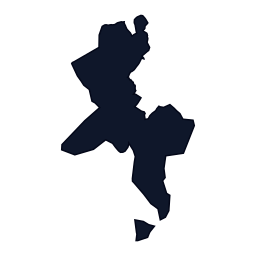 Owerri West, Imo, Nigeria
{"feature_id": "59680162B78900735102434", "entity_name": "Owerri West", "entity_type": "district", "adm_level": 2, "iso_a3": "NGA", "parent_name": "Nigeria", "parent_adm1": "Imo", "projection": "natural_earth1", "projection_center": [6.985, 5.415], "detail": "fine", "context": "isolated", "style": "filled", "palette": "ink", "viewbox_px": 256, "rotation_deg": 0, "n_neighbors": 0, "source": "geoboundaries", "source_scale": "gbopen_adm2", "svg_char_len": 2556}
<svg xmlns="http://www.w3.org/2000/svg" viewBox="0 0 256 256"><path d="M165.8,190.8L162.6,180.7L165.1,177.6L163.9,168.5L165.7,155.8L183.4,153.2L194.3,125.6L193.0,120.2L182.9,119.2L179.9,113.6L176.5,110.7L174.2,108.3L169.9,104.6L163.7,107.4L159.9,106.8L158.9,106.2L156.9,108.6L155.7,110.7L152.3,113.2L149.9,115.7L148.3,118.8L145.1,119.4L144.7,117.0L144.4,114.8L145.1,113.5L144.2,111.9L141.5,111.2L134.7,106.7L136.7,104.5L137.8,103.0L139.8,99.8L141.0,97.8L135.5,94.2L133.5,94.2L134.7,92.4L135.3,91.4L135.8,90.6L135.2,89.6L135.1,88.0L135.1,87.3L135.2,86.6L135.2,85.8L134.9,85.1L133.8,84.8L133.7,83.9L133.2,83.4L133.1,82.9L133.3,82.5L133.2,82.2L132.6,81.9L132.2,81.7L131.8,81.4L131.7,80.8L131.4,80.5L131.1,80.3L130.8,79.8L130.5,80.0L130.4,80.2L130.1,80.1L129.8,79.7L129.6,79.3L129.3,78.9L129.1,78.5L128.9,78.0L128.4,77.9L128.1,77.5L127.7,77.3L128.4,76.5L128.7,75.8L129.2,74.3L129.8,73.2L130.7,71.7L131.4,71.7L132.5,71.0L134.2,69.7L136.4,66.7L138.0,64.7L139.1,63.1L141.6,58.1L143.9,58.9L143.8,58.3L142.5,56.7L141.9,56.0L147.4,51.3L148.6,50.5L149.6,47.4L147.3,42.9L147.1,42.0L147.5,40.6L147.7,39.4L147.8,38.2L147.6,37.8L147.4,37.2L147.2,36.7L147.3,36.2L147.5,35.6L147.3,35.3L147.2,34.3L147.0,33.7L146.7,33.2L145.6,32.5L143.7,31.4L142.8,30.3L143.5,29.8L144.3,29.2L144.8,28.5L144.9,27.5L145.0,26.2L145.5,25.5L146.6,24.4L147.4,23.5L147.8,22.9L145.7,19.3L144.6,17.8L142.7,15.7L140.9,15.4L137.2,17.0L136.0,18.0L134.5,19.6L134.3,21.4L134.3,22.9L135.1,24.8L135.6,27.6L136.1,30.8L136.7,33.2L135.5,33.8L134.1,34.5L133.5,34.9L132.5,35.8L131.9,36.1L131.0,34.2L130.4,33.0L128.9,31.4L126.9,29.2L125.8,26.8L125.5,25.9L124.8,24.5L124.5,23.9L124.2,23.2L124.1,22.5L124.2,21.8L123.5,21.9L122.3,22.0L121.3,21.8L119.0,22.4L117.6,22.8L116.5,23.4L115.5,24.2L114.8,24.5L114.1,24.7L112.0,24.9L111.3,24.7L109.9,24.9L108.4,25.2L108.1,25.2L106.2,24.8L105.2,24.9L104.6,25.0L102.2,26.4L99.2,35.0L99.0,47.4L74.4,61.6L72.3,62.6L71.7,63.6L77.4,75.8L78.5,77.4L81.1,81.0L83.8,85.2L89.3,89.5L92.0,101.2L95.1,102.9L99.7,107.6L84.8,120.7L62.0,144.6L61.7,149.8L74.8,154.8L93.5,149.3L105.7,139.8L112.6,143.3L115.3,147.0L116.7,148.7L118.6,150.9L120.4,152.3L122.9,152.2L125.1,151.1L127.9,147.2L128.7,144.2L128.8,143.1L133.3,150.3L135.3,156.5L134.4,161.8L132.4,178.5L132.5,181.2L134.1,182.9L143.7,194.1L150.9,203.6L158.0,208.8L160.3,219.8L165.4,217.2L168.8,210.7L169.8,195.3L166.6,193.4L165.8,190.8ZM147.6,237.3L149.2,233.3L150.0,231.7L154.4,226.2L148.7,224.7L143.4,221.5L134.9,219.9L136.5,232.4L136.9,234.2L136.1,240.6L137.7,240.6L147.6,237.3Z" fill="#0f172a" stroke="#020617" stroke-width="1.5"/></svg>